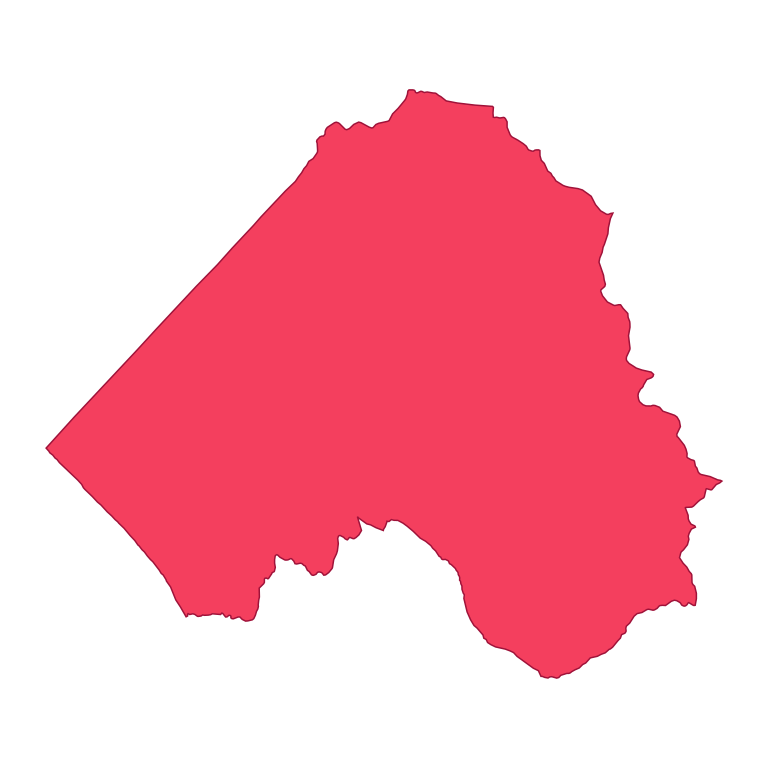 Chepen, La Libertad, Peru (Mercator projection)
{"feature_id": "86281439B86274987783552", "entity_name": "Chepen", "entity_type": "district", "adm_level": 2, "iso_a3": "PER", "parent_name": "Peru", "parent_adm1": "La Libertad", "projection": "mercator", "projection_center": [-79.436, -7.136], "detail": "fine", "context": "isolated", "style": "filled", "palette": "rose", "viewbox_px": 768, "rotation_deg": 0, "n_neighbors": 0, "source": "geoboundaries", "source_scale": "gbopen_adm2", "svg_char_len": 6099}
<svg xmlns="http://www.w3.org/2000/svg" viewBox="0 0 768 768"><path d="M612.9,213.1L610.8,213.4L608.4,214.4L606.6,214.3L600.6,210.8L595.5,204.7L591.2,196.3L582.5,190.0L578.0,188.6L569.1,187.3L565.3,186.3L563.0,185.4L555.9,180.9L553.9,177.6L552.4,176.1L550.9,173.3L547.7,171.0L544.3,163.4L541.3,160.3L540.0,155.7L539.9,150.5L538.7,149.9L536.6,149.9L535.0,150.1L533.3,151.2L532.0,151.1L528.8,150.0L527.9,149.1L526.3,146.2L523.4,143.8L518.1,140.3L512.4,137.2L511.3,136.3L510.1,134.7L507.1,127.3L507.1,121.8L505.5,118.8L504.5,117.7L503.6,117.4L499.8,118.0L496.6,117.2L494.5,117.5L493.3,117.2L493.0,113.1L493.4,107.3L492.5,106.4L474.8,105.1L457.2,103.0L446.2,100.9L440.8,96.6L438.7,95.5L436.2,93.5L435.1,93.1L433.1,93.0L427.2,92.0L424.2,92.5L421.8,91.4L420.7,91.3L417.6,92.8L416.5,92.9L415.5,92.3L415.1,91.1L414.4,90.3L413.0,89.9L409.0,89.9L407.9,91.0L407.4,94.4L405.8,98.8L404.7,100.4L398.1,108.4L392.6,113.9L389.1,120.6L387.7,121.3L378.6,123.3L375.9,124.5L373.0,127.7L371.7,128.0L369.1,127.1L361.0,122.7L358.7,122.1L353.8,124.4L349.5,128.5L346.8,129.7L345.2,129.3L339.4,123.5L338.0,122.7L336.2,122.2L334.5,122.7L327.3,127.4L326.0,129.2L325.2,131.2L325.0,134.2L323.5,136.1L321.9,136.1L320.0,136.8L317.0,140.0L316.6,141.4L317.2,143.4L317.6,150.3L317.5,152.0L316.6,153.6L313.1,158.6L308.8,161.4L306.6,165.7L304.0,168.6L301.7,172.7L298.6,176.6L295.4,181.4L285.3,191.1L260.7,217.2L253.6,225.3L232.5,247.8L217.4,264.7L196.1,286.5L156.1,329.3L137.3,349.8L74.1,417.2L46.1,448.1L48.9,451.2L49.8,452.8L52.8,455.1L55.2,458.2L57.0,459.4L59.4,462.6L77.8,480.1L81.7,484.4L83.4,487.7L84.9,489.4L92.4,496.6L97.5,502.1L101.0,505.0L107.2,511.8L111.8,516.0L115.1,519.6L117.7,521.8L118.7,523.1L124.1,528.3L130.0,535.4L134.8,540.5L138.0,545.1L139.1,545.9L142.0,549.7L144.4,551.9L147.3,555.9L150.5,559.6L152.8,561.7L159.3,570.2L161.2,573.4L163.2,575.0L166.0,579.6L166.4,581.0L170.6,587.0L175.8,599.9L180.4,606.9L186.1,616.8L187.6,616.0L187.6,614.2L188.1,613.6L189.7,614.5L192.9,613.8L195.0,614.5L197.4,616.3L198.4,616.4L201.1,616.0L202.6,615.0L204.5,615.3L208.3,615.1L210.6,614.7L212.3,613.8L220.6,614.5L221.8,613.1L222.7,613.4L225.6,617.0L227.0,616.9L229.0,615.3L230.3,615.5L230.9,616.2L230.9,617.9L232.0,618.7L233.4,618.8L238.1,617.0L239.9,617.0L242.2,619.4L245.6,621.1L247.9,620.9L252.4,619.8L253.8,618.6L255.4,615.2L256.5,611.4L257.8,609.0L258.4,606.3L258.2,605.0L258.7,600.2L259.4,597.1L259.2,588.1L263.7,583.7L264.4,582.3L264.4,579.0L265.0,578.2L266.4,578.1L267.9,578.8L268.6,578.4L271.6,573.9L272.2,572.6L274.2,571.6L274.4,571.2L275.3,567.4L274.6,563.1L274.6,559.7L275.2,555.9L276.0,555.1L276.8,554.7L277.6,555.0L280.0,557.3L284.7,559.9L285.9,560.1L287.9,559.9L290.8,558.6L291.6,558.8L293.8,561.1L295.0,563.7L296.7,564.0L300.3,563.2L302.0,563.6L303.7,565.2L305.4,566.1L307.4,570.3L309.2,571.6L311.5,574.8L312.5,575.2L313.6,575.3L316.0,574.3L317.5,572.4L319.0,571.9L321.2,572.4L322.1,573.0L323.8,575.2L325.6,574.9L328.8,572.5L332.1,568.5L332.5,567.4L333.7,559.7L336.5,553.8L337.4,550.8L338.3,543.6L337.7,538.3L338.4,536.3L339.2,535.6L340.2,535.5L343.7,537.3L345.1,538.8L346.8,539.7L347.5,539.8L349.3,537.6L350.0,537.4L352.9,538.6L354.0,538.7L355.9,537.6L358.9,534.9L361.5,530.5L357.4,516.7L358.9,518.2L366.8,523.9L370.5,524.8L376.0,527.7L383.3,530.5L383.6,529.2L385.2,526.7L386.9,522.0L386.9,521.3L389.0,521.5L391.4,519.6L394.0,520.3L397.9,520.4L403.1,523.2L407.3,526.3L413.1,531.2L420.3,538.2L425.5,541.2L430.9,545.6L432.7,548.2L435.6,550.9L439.1,556.3L440.7,557.1L441.6,559.0L442.8,559.6L445.5,559.4L448.4,560.9L449.5,563.6L451.3,564.6L455.5,568.6L456.0,569.9L458.0,572.4L458.3,574.7L459.3,576.3L459.7,577.8L459.6,580.2L460.5,581.3L460.9,583.9L461.9,585.9L462.0,589.4L463.3,593.3L464.3,594.7L463.9,598.5L467.1,611.9L470.6,619.8L474.0,625.5L477.0,628.0L483.0,635.0L483.8,638.2L486.2,639.5L487.6,642.5L490.8,644.6L495.5,646.9L505.3,649.1L510.1,650.9L513.6,652.6L517.1,656.4L533.3,668.2L538.4,670.7L541.0,676.4L542.3,676.4L544.7,677.4L548.0,678.0L549.8,676.9L551.8,676.7L556.7,678.1L558.8,677.5L560.8,675.3L566.8,673.4L568.8,673.4L570.2,672.9L571.8,671.6L575.0,669.8L579.2,668.0L582.7,664.5L585.7,663.0L590.3,657.9L597.4,656.3L601.2,654.3L605.3,652.8L609.2,649.3L610.3,649.0L612.6,647.2L617.9,640.7L620.4,638.1L621.6,634.6L624.7,633.3L625.4,632.6L626.1,631.1L625.8,628.1L626.4,626.1L629.7,623.1L634.1,616.2L637.1,613.6L642.0,612.5L647.0,609.5L648.6,609.2L653.0,610.2L654.5,609.9L657.1,608.4L659.1,606.1L659.9,605.6L662.3,605.3L665.5,605.5L671.3,601.3L674.4,600.2L676.8,600.7L680.1,602.6L681.8,605.1L683.6,606.0L684.7,606.1L685.6,605.8L686.9,604.8L688.2,602.9L688.8,602.6L692.9,605.1L693.9,605.5L695.2,605.3L696.4,598.7L696.4,593.3L694.7,586.3L692.8,584.4L692.0,582.6L691.8,574.9L691.2,573.6L689.2,571.4L686.8,567.1L683.1,563.2L679.5,557.7L680.8,552.7L681.3,551.8L683.5,549.8L687.4,544.8L688.9,539.4L688.3,536.2L689.1,533.4L691.4,529.1L695.4,527.2L695.1,526.2L694.2,525.6L691.1,524.2L689.1,521.1L688.3,518.9L688.1,515.2L685.3,507.8L685.8,507.4L691.8,507.1L693.5,506.1L698.1,501.6L700.4,499.7L703.6,497.9L704.3,496.8L706.1,489.0L706.5,488.7L711.0,489.9L711.9,489.6L716.3,484.5L719.7,482.9L721.9,481.1L720.6,480.4L717.5,479.8L710.2,476.6L701.1,474.5L699.5,473.6L698.1,471.8L696.9,468.0L695.4,466.2L694.4,461.1L693.7,460.4L690.9,459.6L687.6,457.8L686.9,456.9L687.1,453.5L686.0,449.2L684.3,445.3L678.0,437.2L677.1,436.6L676.8,434.2L680.4,426.6L679.4,421.1L677.0,417.0L674.6,415.3L662.9,411.2L659.6,407.3L655.0,405.5L653.0,405.3L650.8,406.0L645.9,405.9L642.9,404.7L639.5,401.6L638.6,399.3L638.0,395.7L638.4,393.1L640.6,389.0L641.9,388.0L643.1,386.5L643.6,384.9L646.8,379.5L651.1,377.9L652.4,377.0L653.1,376.2L653.6,374.4L651.2,372.1L641.9,370.0L636.3,368.1L629.0,363.4L626.6,360.5L626.3,359.0L626.5,356.9L629.8,349.7L630.0,348.2L628.5,335.7L630.0,327.2L629.9,323.4L629.7,321.6L628.1,317.3L627.8,313.5L623.1,308.4L620.6,304.8L618.9,304.7L614.9,305.5L613.8,305.3L607.4,302.0L602.5,295.8L600.7,291.1L601.0,289.8L604.8,286.4L605.4,284.2L604.2,280.0L603.5,275.2L599.0,262.2L599.8,258.0L602.1,252.5L603.1,247.2L604.4,244.3L607.9,233.8L608.4,227.7L610.4,218.6L612.9,213.1Z" fill="#f43f5e" stroke="#9f1239" stroke-width="1.5"/></svg>